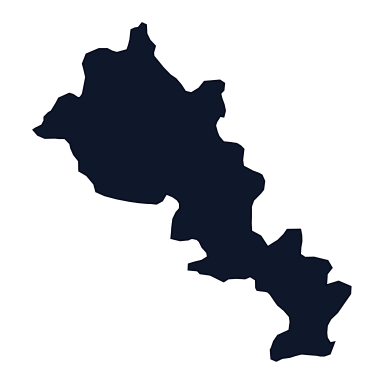 the district of Alaminos, Larnaca, Cyprus
{"feature_id": "46923920B78636807865275", "entity_name": "Alaminos", "entity_type": "district", "adm_level": 2, "iso_a3": "CYP", "parent_name": "Cyprus", "parent_adm1": "Larnaca", "projection": "mercator", "projection_center": [33.448, 34.798], "detail": "fine", "context": "isolated", "style": "filled", "palette": "ink", "viewbox_px": 384, "rotation_deg": 0, "n_neighbors": 0, "source": "geoboundaries", "source_scale": "gbopen_adm2", "svg_char_len": 2325}
<svg xmlns="http://www.w3.org/2000/svg" viewBox="0 0 384 384"><path d="M350.8,286.6L338.6,281.4L333.7,282.9L326.1,285.2L326.1,284.8L326.4,283.3L326.8,277.7L327.0,274.0L331.9,267.8L327.7,260.7L324.6,260.0L314.1,257.4L305.1,257.6L300.2,254.4L300.6,247.7L301.7,241.2L301.5,235.4L300.4,229.4L287.3,229.6L283.8,234.6L278.0,240.4L267.7,246.8L260.7,236.1L251.4,231.1L251.0,223.1L251.2,217.1L251.2,206.5L253.4,200.3L260.7,192.9L263.4,189.5L264.5,181.1L261.9,175.2L258.9,173.5L253.1,171.4L243.3,166.2L242.4,160.1L243.7,149.1L240.5,145.9L236.8,143.7L230.2,142.7L223.5,142.0L218.8,136.4L217.1,132.1L215.3,125.4L216.6,121.7L220.1,116.1L223.7,116.8L225.2,110.7L223.9,104.5L221.6,98.2L220.5,93.5L223.7,90.2L224.4,83.3L219.9,80.3L204.4,81.6L199.0,88.3L191.3,93.0L185.3,91.5L181.2,85.1L175.8,78.8L170.3,75.1L163.2,67.8L157.8,61.1L153.7,56.2L153.3,52.7L155.2,46.0L149.9,40.4L146.6,33.7L146.2,24.9L142.1,23.0L138.3,27.7L135.0,28.1L131.2,29.8L130.1,39.8L128.6,45.6L127.1,49.9L116.8,52.7L111.8,51.2L107.3,48.8L99.0,48.8L86.3,54.2L82.6,63.7L83.9,68.5L85.9,77.1L83.9,87.4L82.6,93.9L80.3,97.4L78.1,98.0L73.0,94.6L69.3,93.5L58.8,98.2L56.2,103.2L51.3,111.2L48.5,112.7L44.2,117.0L44.2,120.7L41.8,125.2L35.6,128.2L33.2,129.8L37.8,135.1L44.8,138.1L55.2,137.9L58.8,138.3L64.8,138.3L70.0,143.7L71.0,148.3L73.8,154.7L78.8,161.0L79.0,170.9L86.7,175.4L94.0,184.1L96.0,191.6L104.8,195.5L117.0,198.7L129.5,201.1L138.5,202.4L146.0,203.1L151.1,203.3L156.5,203.9L162.3,200.7L166.3,193.9L172.6,196.5L177.3,199.8L179.8,203.5L179.7,208.5L176.2,212.5L173.1,218.9L172.0,227.6L171.7,232.7L171.1,238.3L180.1,240.5L188.3,239.7L190.7,238.5L192.6,238.3L197.0,239.3L199.4,241.5L202.1,247.2L206.9,252.5L207.8,256.8L201.6,260.6L194.5,262.3L188.6,264.1L188.3,269.8L197.4,270.6L200.1,273.5L210.2,274.9L223.7,281.6L228.4,278.6L236.4,278.1L245.2,278.6L250.1,276.4L255.7,279.9L255.9,287.8L257.2,290.2L266.2,291.3L268.2,292.1L270.3,294.3L275.9,302.5L277.8,305.1L284.1,310.3L289.6,316.7L290.3,321.9L289.2,330.3L277.8,335.5L273.8,341.3L271.4,348.2L270.5,349.7L271.1,357.7L271.2,358.8L276.3,361.0L282.1,358.2L289.9,357.1L295.2,355.4L301.5,353.8L309.4,354.5L317.1,355.1L320.4,355.8L324.4,355.8L330.0,353.8L334.5,342.0L330.3,343.0L327.1,338.0L326.5,332.9L327.1,325.5L330.6,319.0L337.4,312.5L342.1,305.7L350.4,293.8L350.8,286.6Z" fill="#0f172a" stroke="#020617" stroke-width="1.5"/></svg>